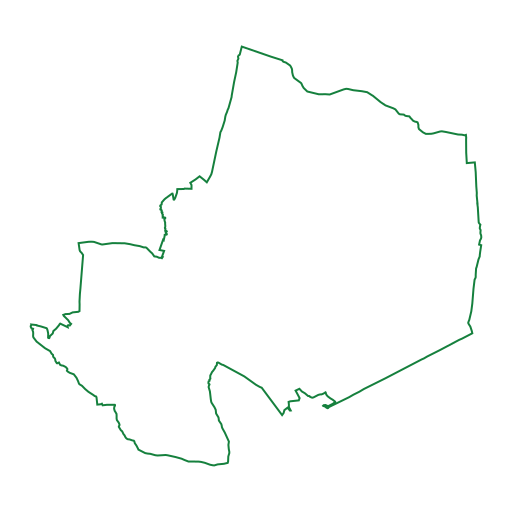 Preutesti, Suceava, Romania
{"feature_id": "2599482B63843980384548", "entity_name": "Preutesti", "entity_type": "district", "adm_level": 2, "iso_a3": "ROU", "parent_name": "Romania", "parent_adm1": "Suceava", "projection": "mercator", "projection_center": [26.401, 47.454], "detail": "fine", "context": "isolated", "style": "outline", "palette": "green", "viewbox_px": 512, "rotation_deg": 0, "n_neighbors": 0, "source": "geoboundaries", "source_scale": "gbopen_adm2", "svg_char_len": 5976}
<svg xmlns="http://www.w3.org/2000/svg" viewBox="0 0 512 512"><path d="M282.1,415.1L283.6,413.0L284.4,410.1L287.5,407.7L290.0,410.6L290.7,410.5L289.1,407.5L288.9,406.5L288.9,404.5L288.6,401.9L290.3,401.3L298.8,400.4L299.6,398.1L295.6,390.6L299.4,388.8L301.9,391.5L304.8,393.2L308.1,396.0L309.5,396.1L310.1,396.9L312.2,397.7L313.5,397.4L318.3,394.9L320.2,394.4L321.5,394.4L323.5,393.6L325.5,392.3L325.7,392.5L326.0,393.9L326.7,395.2L327.8,396.4L330.3,398.3L332.8,399.8L335.2,401.7L335.2,402.0L334.6,402.5L332.8,403.8L328.1,406.2L325.5,405.0L323.7,405.2L323.1,405.8L323.3,406.0L324.8,406.4L326.5,407.7L327.5,408.2L328.0,408.1L329.0,407.0L349.1,397.2L353.4,394.7L359.4,391.7L363.9,389.0L385.4,378.3L421.7,359.4L423.8,358.5L427.2,356.5L439.9,350.1L459.3,339.8L461.9,338.7L472.3,333.3L471.8,331.0L470.3,326.5L468.8,324.2L468.2,322.9L468.6,321.5L469.3,319.8L471.3,311.3L472.3,303.6L473.5,288.7L474.6,279.6L475.4,278.1L475.7,277.1L475.7,274.8L476.1,268.4L476.6,267.1L478.5,259.4L479.7,256.5L479.8,254.9L480.2,251.7L481.2,245.2L479.1,244.6L480.0,240.4L481.0,238.6L481.3,237.2L481.1,235.2L480.5,233.8L480.4,232.9L480.6,230.1L479.8,228.5L479.8,227.9L480.1,225.5L480.4,224.8L478.9,222.9L478.7,222.3L477.8,207.3L477.3,203.6L477.5,203.6L476.7,195.6L476.8,192.9L476.3,186.4L475.7,172.2L474.8,162.4L466.8,163.1L466.2,152.6L466.1,139.4L466.2,137.6L465.9,134.9L464.6,135.3L462.0,134.7L458.0,134.5L446.0,132.0L441.8,131.3L440.1,131.5L433.4,133.4L431.1,133.8L425.9,133.9L422.9,132.3L419.6,129.6L418.9,128.9L418.4,127.2L418.4,124.9L417.6,122.4L416.6,121.9L415.2,121.7L413.2,120.8L411.1,118.5L410.7,118.2L409.4,116.4L406.2,116.0L405.2,115.7L403.8,114.6L399.9,114.3L398.8,113.7L395.4,109.4L393.3,108.3L385.5,105.4L380.7,102.2L372.8,95.7L372.2,95.4L367.2,92.2L361.8,91.2L353.2,90.2L348.2,89.0L346.2,88.8L343.7,89.4L329.7,94.5L325.4,94.2L318.9,94.3L307.3,91.5L303.7,88.0L302.5,86.0L301.4,83.5L300.9,82.9L294.3,78.1L293.5,76.8L292.9,75.4L292.2,72.3L292.1,70.0L291.8,68.6L290.8,66.6L290.1,65.5L285.8,62.5L283.8,61.9L282.9,61.4L282.5,60.8L282.5,60.3L271.1,56.7L241.8,46.6L239.8,54.4L239.5,54.9L238.6,55.4L238.0,56.7L238.4,58.6L237.4,60.9L237.7,62.6L236.2,72.2L234.1,82.0L231.7,95.7L231.6,97.0L228.5,108.1L227.7,109.8L227.0,112.0L225.8,114.8L225.3,116.7L224.7,120.5L222.6,127.2L221.2,130.8L220.4,132.2L219.5,137.7L216.3,151.4L212.0,171.9L211.3,174.3L210.1,176.6L206.8,182.3L204.1,179.9L199.6,176.3L195.6,179.4L190.3,182.8L191.5,185.0L191.5,188.8L184.5,188.6L183.9,189.0L177.3,189.1L177.2,191.0L176.9,193.0L175.2,197.9L174.3,199.5L174.0,199.7L173.6,199.5L172.7,194.1L172.5,193.6L172.1,193.6L165.8,198.2L164.4,199.4L161.8,202.4L161.6,204.5L160.3,205.5L160.2,206.1L160.8,206.6L160.9,207.1L160.9,207.7L160.3,209.2L160.4,209.4L160.9,209.2L161.3,209.5L161.4,210.3L161.5,210.6L161.8,210.9L161.5,211.9L162.4,212.4L162.4,212.7L161.9,213.0L162.1,213.7L162.9,214.7L162.9,215.1L162.6,215.6L162.6,216.1L163.0,216.6L162.7,217.2L162.7,217.6L164.7,217.5L165.2,217.7L165.2,218.4L164.3,218.8L164.6,220.8L165.2,222.8L165.1,223.6L165.3,226.0L165.2,227.1L164.9,227.8L165.0,228.3L165.4,228.7L165.4,229.2L165.2,230.3L165.2,230.9L165.3,231.1L166.2,230.9L166.6,231.1L166.8,231.4L166.6,231.7L165.8,232.1L165.7,232.4L165.9,233.0L166.8,234.0L166.8,234.4L166.6,234.6L164.7,234.8L164.6,236.2L163.7,240.2L163.1,239.7L159.5,250.0L164.1,250.9L162.0,256.7L162.7,257.0L161.9,258.2L161.2,257.8L159.1,257.8L156.7,256.7L154.3,256.4L152.2,253.4L150.3,251.7L147.2,248.5L146.5,247.8L145.7,247.4L143.7,247.4L139.7,246.1L134.3,245.2L130.2,244.2L124.8,243.3L112.5,243.1L102.4,244.5L101.4,244.4L94.0,241.9L91.6,241.7L88.5,241.8L78.6,243.1L79.6,250.0L80.0,251.1L80.9,252.2L81.5,252.7L83.1,255.0L80.4,288.6L79.9,293.9L79.5,301.6L79.6,304.5L79.5,311.1L78.3,311.8L72.6,312.4L69.5,313.9L65.5,314.1L63.3,314.9L63.8,315.9L68.2,320.2L69.8,322.8L71.1,323.9L69.8,325.5L68.8,325.2L68.1,325.2L67.6,325.8L67.5,326.3L67.7,327.2L60.2,323.6L59.6,324.2L59.1,325.1L56.1,328.7L53.4,331.0L52.7,333.5L49.9,336.1L49.5,337.7L49.2,338.1L48.4,338.0L48.1,337.7L48.2,333.9L48.0,332.5L47.5,330.2L47.1,329.0L46.6,328.2L40.8,326.4L36.9,325.5L36.7,325.1L31.3,324.5L31.4,324.8L31.3,325.2L30.8,325.8L30.7,326.7L31.6,328.5L31.9,328.7L32.8,328.6L33.1,328.8L32.5,330.3L33.1,331.8L33.2,333.3L33.1,336.1L33.4,337.4L36.6,341.6L45.0,348.2L50.1,351.1L51.6,353.7L53.0,354.9L53.2,356.7L53.7,357.4L54.8,358.4L55.2,359.4L55.4,360.9L56.8,363.2L57.3,363.3L58.9,362.5L60.1,364.8L61.4,365.4L63.2,365.7L65.7,367.0L67.1,368.5L67.4,369.1L66.9,370.7L67.8,371.6L69.7,372.8L73.8,374.3L76.5,377.8L78.1,381.2L79.0,383.7L79.7,384.4L82.0,385.8L85.1,389.0L88.4,391.8L93.5,395.1L94.6,396.0L96.1,396.5L96.5,397.3L97.3,404.6L100.5,404.3L101.9,403.7L102.6,405.3L106.9,404.8L114.8,404.8L115.0,405.0L115.0,405.6L114.3,406.9L114.1,408.7L114.4,409.8L114.7,410.9L115.5,412.1L116.5,413.9L116.6,415.5L116.6,418.6L116.9,420.1L118.7,422.6L119.3,424.0L119.5,424.6L119.4,425.4L118.9,426.2L118.8,426.8L120.9,430.3L121.7,430.9L122.2,431.4L123.6,434.3L124.7,435.5L125.0,436.5L126.2,438.2L127.4,439.1L128.2,439.3L129.5,439.4L132.3,440.4L133.8,440.7L134.3,441.3L134.8,443.2L136.4,445.5L138.1,448.8L138.4,449.6L145.2,453.1L147.8,453.6L150.2,453.8L155.2,455.2L157.5,455.5L165.7,455.0L167.7,455.3L175.4,457.0L181.6,458.7L184.5,460.0L188.4,461.5L198.5,461.6L201.0,461.9L204.8,462.8L210.0,464.7L212.9,465.3L214.3,465.4L217.6,464.4L223.9,463.8L227.7,462.9L228.1,461.5L228.3,456.5L229.3,453.1L229.3,451.8L228.8,449.1L228.4,444.9L228.9,441.6L224.8,432.6L222.4,428.3L221.9,427.0L221.7,425.6L221.3,424.1L218.9,420.6L218.6,418.1L218.4,417.3L216.1,413.5L215.7,409.8L214.5,407.3L211.5,402.6L211.2,401.7L210.8,399.3L209.9,391.4L208.6,387.0L209.0,385.4L209.5,384.6L209.4,384.2L208.5,383.5L208.5,383.0L208.4,382.6L208.6,381.4L209.6,380.7L209.4,379.7L210.3,378.8L210.4,378.4L210.2,377.7L210.3,375.4L211.1,374.0L212.0,372.1L213.2,370.7L215.1,368.0L215.4,366.8L216.8,365.1L217.0,362.8L217.5,362.5L218.4,362.6L221.8,364.6L223.3,365.0L244.3,376.4L256.0,384.8L259.9,387.0L261.7,387.7L282.1,415.1Z" fill="none" stroke="#15803d" stroke-width="2"/></svg>